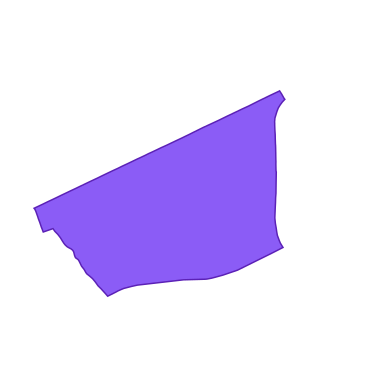 outline of Dusit, Bangkok Metropolis, Thailand, rotated 223°
{"feature_id": "78962969B42559616125747", "entity_name": "Dusit", "entity_type": "district", "adm_level": 2, "iso_a3": "THA", "parent_name": "Thailand", "parent_adm1": "Bangkok Metropolis", "projection": "orthographic", "projection_center": [100.521, 13.776], "detail": "fine", "context": "isolated", "style": "filled", "palette": "violet", "viewbox_px": 384, "rotation_deg": 223, "n_neighbors": 0, "source": "geoboundaries", "source_scale": "gbopen_adm2", "svg_char_len": 2189}
<svg xmlns="http://www.w3.org/2000/svg" viewBox="0 0 384 384"><g transform="rotate(223 192 192)"><path d="M87.6,213.5L90.1,214.2L92.6,214.9L94.8,215.9L97.2,217.1L100.0,218.5L102.8,220.6L105.9,223.1L109.6,225.9L112.8,228.7L113.8,229.6L116.9,233.2L120.6,237.5L123.8,241.3L126.9,244.8L129.7,248.3L131.7,250.5L133.8,252.8L136.8,256.1L140.3,260.0L143.2,263.2L143.9,264.0L145.1,264.9L145.3,265.1L146.4,266.2L149.5,269.4L150.6,270.6L151.2,271.3L152.9,273.0L155.6,275.8L157.7,278.0L158.2,278.5L161.1,281.5L163.0,283.4L163.5,283.8L167.2,287.5L170.2,290.6L173.8,294.0L177.3,297.5L178.6,298.9L179.4,299.6L179.7,300.0L181.9,302.8L182.1,303.3L184.7,308.6L186.2,312.3L186.7,314.8L186.9,315.9L187.3,319.3L187.3,323.1L187.9,323.2L188.3,323.2L193.3,324.8L196.6,325.6L196.9,325.7L197.1,325.1L200.8,315.8L204.0,307.5L205.8,302.8L206.6,300.6L209.3,293.3L211.9,287.0L214.4,280.6L218.0,271.5L221.4,262.6L224.6,254.7L227.8,246.9L231.8,236.3L233.3,232.2L235.1,227.6L236.0,225.2L237.8,220.7L238.8,218.2L239.7,215.9L240.5,213.9L241.4,211.6L242.3,209.3L243.0,207.6L244.3,204.5L244.5,204.1L246.4,199.2L248.5,193.9L250.0,190.3L251.4,186.5L253.2,182.0L254.5,178.9L256.2,174.5L258.4,168.9L260.7,163.2L262.5,158.4L264.6,153.3L267.2,146.7L268.8,142.6L270.7,137.6L273.2,131.4L275.2,126.3L277.4,120.7L279.6,115.0L281.5,110.3L283.1,106.2L285.2,100.9L287.2,95.7L289.0,91.1L290.9,86.4L292.7,81.7L294.6,76.9L295.7,74.2L296.0,73.4L296.1,73.1L296.4,72.4L295.1,72.2L294.6,72.0L292.9,71.3L287.9,68.7L286.0,67.6L282.7,66.0L278.1,63.5L275.5,62.3L275.0,62.0L273.5,61.3L268.7,70.4L265.4,69.7L261.3,69.5L257.1,68.8L253.5,67.8L250.7,67.1L248.7,66.8L246.2,66.8L245.6,66.9L244.6,67.1L241.6,67.9L240.2,68.0L239.2,68.0L238.7,67.8L237.7,67.5L234.6,65.5L233.2,64.8L232.8,64.7L232.6,64.6L232.1,64.5L229.3,64.9L228.8,64.8L227.9,64.6L225.7,63.8L222.4,62.5L220.8,62.2L218.1,61.8L214.7,60.7L213.1,60.4L209.3,60.7L205.6,60.8L201.6,60.3L198.6,59.7L196.7,59.3L196.3,59.3L192.6,59.2L186.6,58.7L182.6,58.3L179.4,66.9L178.7,69.1L177.3,72.4L176.1,75.0L171.7,81.9L168.4,86.7L138.3,122.0L123.4,136.7L122.5,137.6L121.4,138.9L118.8,142.5L116.4,146.3L112.7,152.3L105.4,165.9L91.6,202.5L87.6,213.5Z" fill="#8b5cf6" stroke="#5b21b6" stroke-width="1.5"/></g></svg>